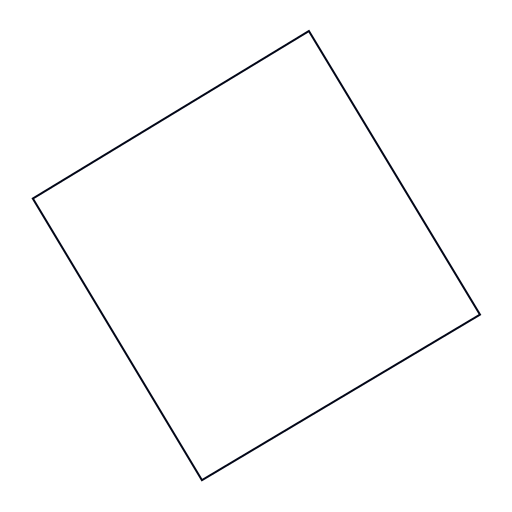 outline of Gray, Texas, United States of America, rotated 239°
{"feature_id": "52423323B94857587121418", "entity_name": "Gray", "entity_type": "district", "adm_level": 2, "iso_a3": "USA", "parent_name": "United States of America", "parent_adm1": "Texas", "projection": "albers", "projection_center": [-100.758, 35.401], "detail": "fine", "context": "isolated", "style": "outline", "palette": "ink", "viewbox_px": 512, "rotation_deg": 239, "n_neighbors": 0, "source": "geoboundaries", "source_scale": "gbopen_adm2", "svg_char_len": 222}
<svg xmlns="http://www.w3.org/2000/svg" viewBox="0 0 512 512"><g transform="rotate(239 256 256)"><path d="M421.6,417.2L420.2,94.3L91.7,94.2L90.4,417.8L421.6,417.2Z" fill="none" stroke="#020617" stroke-width="2"/></g></svg>